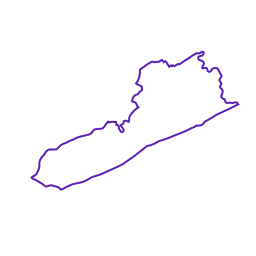 Angk Snuol, Kândal, Cambodia (Natural Earth projection), rotated 236°
{"feature_id": "14789045B83714084538428", "entity_name": "Angk Snuol", "entity_type": "district", "adm_level": 2, "iso_a3": "KHM", "parent_name": "Cambodia", "parent_adm1": "Kândal", "projection": "natural_earth1", "projection_center": [104.717, 11.567], "detail": "fine", "context": "isolated", "style": "outline", "palette": "violet", "viewbox_px": 256, "rotation_deg": 236, "n_neighbors": 0, "source": "geoboundaries", "source_scale": "gbopen_adm2", "svg_char_len": 4668}
<svg xmlns="http://www.w3.org/2000/svg" viewBox="0 0 256 256"><g transform="rotate(236 128 128)"><path d="M102.3,133.8L101.2,136.8L100.2,141.2L100.1,143.9L99.7,146.5L99.6,147.0L98.3,151.4L96.9,156.9L95.9,161.8L94.7,167.0L93.8,171.5L93.0,175.8L92.6,178.7L92.5,179.7L92.3,180.9L92.0,182.3L91.7,183.8L91.9,185.0L91.6,186.6L91.1,186.9L90.7,187.6L89.8,189.0L89.3,191.0L89.4,191.8L89.5,193.0L89.7,193.8L90.2,194.5L90.2,195.9L90.0,198.7L89.8,201.2L89.6,204.2L89.6,207.3L89.5,208.9L89.0,212.1L88.4,215.6L88.1,217.9L87.4,221.7L86.9,225.4L86.6,227.7L86.3,230.9L86.0,232.6L86.7,232.6L87.3,232.6L88.0,232.5L88.6,232.2L89.3,231.0L89.8,230.3L90.0,229.6L90.2,228.7L90.8,228.0L91.3,227.6L92.0,226.6L92.4,225.8L92.9,224.9L93.3,224.2L94.0,223.7L94.9,223.5L95.9,223.6L96.7,223.8L97.4,224.1L98.0,224.1L98.4,223.5L99.2,223.1L100.0,222.9L101.0,222.8L101.8,222.8L102.4,223.3L102.8,223.9L103.3,224.6L103.9,225.6L105.0,226.6L105.7,227.2L107.0,227.5L108.0,227.4L109.0,227.2L110.0,227.0L110.7,227.5L111.2,227.9L111.5,228.4L112.0,229.6L112.8,230.2L113.7,230.4L114.7,230.3L115.7,230.3L116.3,230.5L116.9,231.0L117.4,231.5L117.6,232.0L117.7,232.8L118.0,233.5L118.3,234.3L118.8,234.6L119.5,234.8L120.8,235.0L121.9,235.0L123.1,235.1L124.2,235.2L125.4,235.4L126.3,235.6L127.6,235.3L128.5,234.6L129.3,233.3L129.8,231.6L129.8,230.9L129.5,229.7L128.9,228.7L128.7,227.7L129.0,227.0L129.5,226.4L130.5,226.0L131.6,226.2L132.2,226.5L133.0,226.7L133.9,226.6L134.9,225.2L135.5,223.6L135.9,223.1L136.5,223.3L137.0,223.8L137.7,224.7L138.1,226.0L138.8,226.9L140.0,227.3L140.9,227.4L142.2,226.9L143.5,225.9L144.5,225.1L145.0,224.9L145.9,225.0L147.1,225.5L147.6,226.3L147.5,227.2L147.2,228.2L146.9,229.2L146.6,229.9L146.8,231.1L147.3,232.2L148.2,232.9L149.2,232.9L149.8,232.0L149.7,230.8L150.0,229.0L150.6,227.8L151.4,227.2L151.6,226.8L151.8,225.6L151.8,224.7L152.0,222.4L152.0,220.3L151.9,218.5L151.9,216.6L152.0,214.7L152.1,212.5L152.1,210.4L152.0,208.8L152.1,206.2L153.1,205.3L153.2,203.4L153.2,201.1L154.7,200.4L154.9,199.8L154.8,198.9L155.7,198.8L155.9,197.6L155.8,196.4L156.3,196.4L157.2,196.5L159.0,196.5L161.1,196.6L162.3,196.5L162.5,196.0L162.7,195.0L162.6,194.4L163.8,194.4L165.5,194.1L165.7,193.5L165.6,192.2L165.6,191.3L165.6,190.8L165.8,190.3L166.3,189.6L166.8,188.6L167.3,187.4L168.0,186.5L168.6,186.0L169.1,185.6L169.6,185.0L169.7,183.5L169.9,181.6L170.0,179.7L170.0,177.9L169.8,175.7L169.9,174.1L169.7,172.5L169.6,170.5L169.2,170.2L168.1,169.4L167.0,168.8L165.4,167.2L164.3,166.2L162.9,164.5L161.8,162.8L161.1,161.2L160.5,159.7L159.5,159.8L158.1,160.7L156.6,161.6L155.0,162.6L153.8,162.1L152.7,161.7L152.2,161.2L151.7,160.6L151.5,159.5L151.5,158.6L151.3,157.1L151.0,156.3L150.7,155.9L150.4,154.9L151.1,153.2L151.0,150.7L150.3,149.1L149.2,147.6L148.2,146.6L147.3,146.5L146.3,147.4L144.9,148.5L143.7,148.3L142.5,148.3L141.2,147.9L140.1,148.0L139.3,148.1L139.3,146.6L139.2,144.3L138.9,142.4L138.5,141.0L138.0,139.2L137.4,137.3L136.7,135.9L135.7,134.6L134.7,134.0L133.8,133.4L132.8,132.0L134.9,130.7L135.6,129.8L135.9,128.3L135.6,127.7L134.8,127.2L134.3,126.7L134.4,124.6L134.4,123.4L132.9,123.4L131.3,123.5L130.0,123.5L128.9,123.3L128.2,122.8L127.8,121.8L128.0,120.5L129.0,120.1L130.5,120.1L131.7,120.1L132.7,120.2L133.7,120.9L135.3,121.3L135.7,121.1L136.4,120.9L137.1,120.1L137.9,120.6L138.8,121.1L139.7,121.4L140.0,120.9L140.5,120.2L140.9,119.7L141.2,119.3L141.7,118.8L142.3,117.9L142.6,117.0L142.9,116.1L143.1,115.5L143.8,115.4L144.4,115.2L144.1,113.5L143.8,112.6L143.4,111.6L143.0,110.8L142.7,110.0L142.4,109.1L142.2,108.1L142.0,107.4L142.1,106.0L142.7,104.7L143.5,103.5L144.1,102.5L144.4,102.1L144.8,101.1L145.2,100.4L145.4,99.5L145.4,98.2L145.1,97.2L144.9,96.7L144.2,94.8L144.2,93.8L144.2,92.9L144.5,91.7L145.3,89.6L146.5,86.5L147.2,84.7L147.8,82.8L148.1,81.8L148.5,80.3L148.8,78.2L149.0,76.3L149.6,73.8L149.8,73.0L150.3,68.9L150.6,67.5L151.3,64.3L151.2,62.1L150.9,60.6L150.7,59.1L150.4,57.9L150.3,56.7L153.1,52.1L153.6,52.0L154.3,50.3L154.5,49.0L154.4,47.9L154.1,46.8L153.9,46.3L153.7,45.3L153.3,44.9L153.0,43.6L152.5,42.6L151.7,39.2L150.3,36.7L148.7,35.0L146.8,33.8L145.3,32.7L143.9,31.1L142.7,29.4L141.7,27.6L141.0,26.4L140.8,25.5L140.9,20.5L140.0,20.4L138.7,21.0L136.4,22.5L134.2,23.5L132.0,24.6L130.5,25.3L127.4,26.4L126.2,26.7L125.1,27.6L124.6,28.9L124.2,30.7L123.4,32.5L121.8,33.9L121.3,34.0L120.7,34.6L120.0,35.4L118.4,36.8L116.6,37.5L115.1,37.8L114.5,37.8L113.9,40.0L113.6,43.3L113.3,45.5L112.3,50.9L109.0,59.0L108.1,62.7L107.7,66.6L107.6,69.9L107.4,70.5L106.9,72.6L105.2,77.9L104.7,80.2L104.1,83.8L103.1,89.6L101.7,97.7L101.2,101.7L101.1,102.2L101.0,103.2L101.1,110.9L101.2,116.4L101.6,123.1L102.0,128.3L102.3,132.6L102.3,133.8Z" fill="none" stroke="#5b21b6" stroke-width="2"/></g></svg>